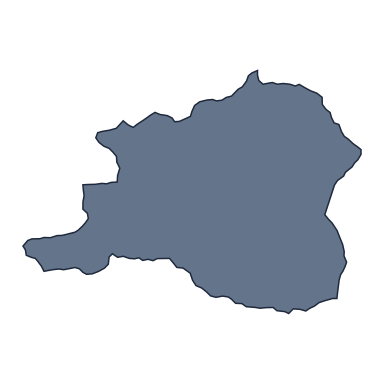 outline of Buritizal, São Paulo, Brazil
{"feature_id": "56859067B17767714911841", "entity_name": "Buritizal", "entity_type": "district", "adm_level": 2, "iso_a3": "BRA", "parent_name": "Brazil", "parent_adm1": "São Paulo", "projection": "albers", "projection_center": [-47.71, -20.205], "detail": "fine", "context": "isolated", "style": "filled", "palette": "slate", "viewbox_px": 384, "rotation_deg": 0, "n_neighbors": 0, "source": "geoboundaries", "source_scale": "gbopen_adm2", "svg_char_len": 2251}
<svg xmlns="http://www.w3.org/2000/svg" viewBox="0 0 384 384"><path d="M23.0,246.1L25.4,249.9L26.3,255.3L31.5,257.4L35.3,258.4L38.1,261.7L41.4,266.2L44.0,271.3L52.7,269.7L58.7,269.0L63.7,269.7L69.5,268.6L74.9,267.5L79.4,268.8L82.9,272.3L86.5,274.3L92.4,273.8L98.8,271.3L104.5,268.1L108.3,264.2L109.1,257.0L112.4,253.8L117.6,257.3L123.2,256.3L129.3,258.4L134.5,258.8L138.9,257.8L142.7,260.4L148.1,259.3L153.1,260.7L157.1,258.6L163.6,258.5L169.5,258.4L174.0,263.8L176.8,267.4L183.1,268.1L190.2,273.2L192.6,280.3L196.0,285.6L201.5,287.9L206.4,291.8L210.6,295.9L216.0,297.3L222.6,296.1L228.4,297.0L231.7,299.4L235.6,303.3L241.9,303.6L246.2,306.7L255.0,307.4L260.0,308.2L266.7,307.6L273.2,307.5L276.9,310.7L284.8,311.6L288.7,313.5L293.2,308.9L299.9,309.3L305.8,311.0L309.6,308.4L314.4,306.1L319.1,302.6L324.8,300.7L332.6,298.5L336.9,298.5L337.5,293.0L338.4,285.9L339.1,280.3L340.6,274.7L342.9,271.2L345.1,266.5L346.6,262.1L344.0,255.9L344.2,251.6L342.7,244.7L339.9,237.8L337.1,230.6L332.1,223.0L328.5,219.3L324.8,214.7L334.5,185.0L337.6,180.4L343.6,176.1L345.4,172.3L348.7,169.6L351.9,167.1L354.6,162.9L357.9,159.7L361.0,154.4L361.0,149.6L357.5,146.8L353.0,143.6L348.0,138.9L344.3,136.4L341.5,131.6L338.9,124.5L334.1,122.9L331.5,117.6L330.1,112.5L326.1,109.5L322.3,104.5L322.1,97.3L316.7,93.1L310.6,90.8L305.4,88.0L299.2,84.4L295.3,86.0L289.8,84.2L283.2,83.5L277.4,84.2L272.3,82.5L263.0,84.2L258.8,80.5L257.5,75.2L257.5,70.5L251.8,73.0L248.4,75.8L246.5,81.1L242.3,86.9L238.2,89.2L234.5,93.0L231.5,96.1L226.3,97.4L221.9,100.2L216.4,100.9L212.7,99.5L207.0,100.0L199.7,101.8L194.6,105.5L192.0,111.3L190.4,116.4L185.6,118.6L179.4,121.4L174.6,121.7L172.1,118.0L167.3,115.6L160.0,114.5L155.0,112.4L150.4,115.2L144.9,119.2L137.3,124.2L133.2,127.4L128.1,124.9L123.2,120.8L116.3,128.3L109.4,130.2L102.3,131.4L97.7,132.7L95.8,137.8L99.0,142.4L104.0,146.3L109.2,148.4L112.8,152.0L116.5,156.5L116.8,162.1L119.8,168.2L117.6,175.5L117.2,182.0L111.1,182.4L106.6,183.8L102.0,183.4L95.3,184.3L87.8,184.5L82.9,184.8L83.3,189.6L84.1,195.8L83.0,201.6L82.9,209.2L87.4,213.3L88.3,218.6L85.6,222.5L82.6,226.0L78.3,230.1L75.0,232.2L62.2,235.4L57.0,235.6L50.5,237.7L44.0,237.5L40.0,238.7L31.9,238.9L27.7,240.5L23.0,246.1Z" fill="#64748b" stroke="#1e293b" stroke-width="1.5"/></svg>